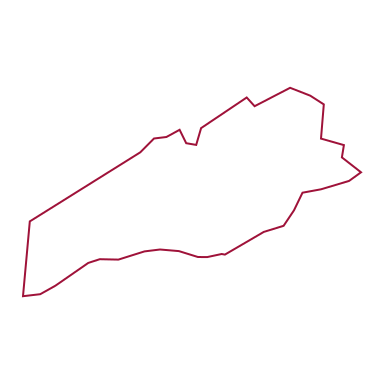 outline of Rishtan, Ferghana, Uzbekistan
{"feature_id": "79887680B55536658077788", "entity_name": "Rishtan", "entity_type": "district", "adm_level": 2, "iso_a3": "UZB", "parent_name": "Uzbekistan", "parent_adm1": "Ferghana", "projection": "robinson", "projection_center": [71.249, 40.386], "detail": "fine", "context": "isolated", "style": "outline", "palette": "rose", "viewbox_px": 384, "rotation_deg": 0, "n_neighbors": 0, "source": "geoboundaries", "source_scale": "gbopen_adm2", "svg_char_len": 572}
<svg xmlns="http://www.w3.org/2000/svg" viewBox="0 0 384 384"><path d="M29.8,221.4L26.0,263.2L23.0,296.2L40.2,294.2L55.4,285.7L88.3,262.9L99.8,259.2L118.4,259.6L144.5,251.4L160.0,249.5L178.9,251.1L197.9,257.0L207.1,257.1L221.7,254.0L224.9,254.6L263.8,231.9L283.6,225.8L294.0,210.3L302.5,192.7L321.0,189.3L349.1,180.9L361.0,172.3L341.9,157.4L343.9,145.1L321.0,138.6L323.8,104.4L310.3,95.7L290.1,87.8L254.6,106.2L246.7,97.5L201.1,128.1L196.2,144.9L186.2,143.2L179.6,129.8L166.4,137.0L154.0,138.5L140.3,152.3L29.8,221.4Z" fill="none" stroke="#9f1239" stroke-width="2"/></svg>